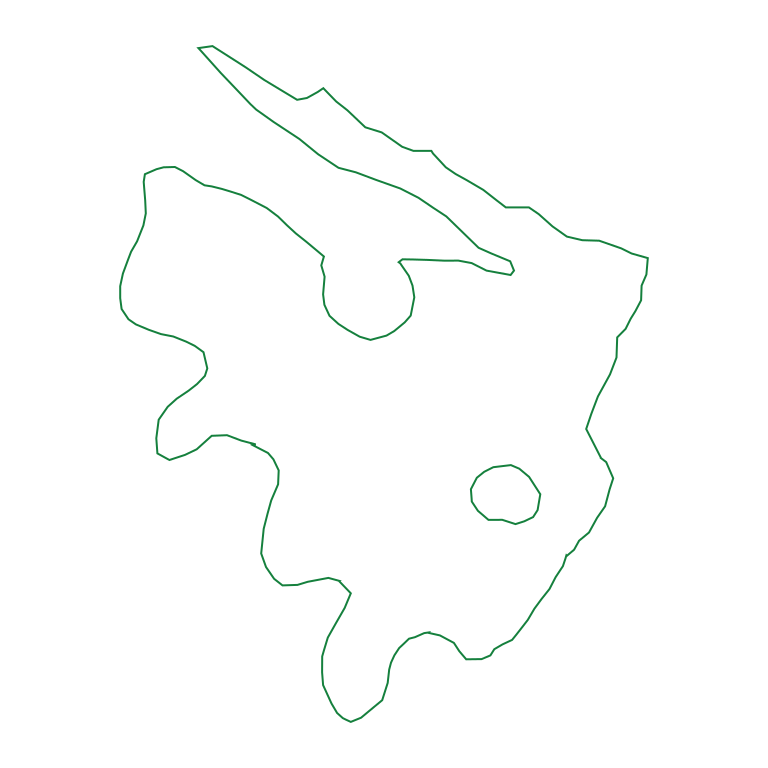 Yevlakh District, Yevlakh Rayon, Azerbaijan
{"feature_id": "54616110B52362464060400", "entity_name": "Yevlakh District", "entity_type": "district", "adm_level": 2, "iso_a3": "AZE", "parent_name": "Azerbaijan", "parent_adm1": "Yevlakh Rayon", "projection": "orthographic", "projection_center": [47.034, 40.701], "detail": "fine", "context": "isolated", "style": "outline", "palette": "green", "viewbox_px": 768, "rotation_deg": 0, "n_neighbors": 0, "source": "geoboundaries", "source_scale": "gbopen_adm2", "svg_char_len": 3138}
<svg xmlns="http://www.w3.org/2000/svg" viewBox="0 0 768 768"><path d="M323.3,88.2L317.7,92.0L306.9,98.0L297.1,99.8L279.2,89.0L264.3,80.0L245.8,67.4L212.5,46.1L198.4,48.1L199.8,49.6L220.8,73.0L237.4,90.4L250.5,104.2L256.2,109.6L273.5,121.9L299.4,139.0L318.2,154.3L338.5,167.8L355.8,172.3L375.8,179.8L400.3,188.5L418.5,197.8L433.5,208.0L446.3,216.4L467.6,237.1L478.6,247.8L491.4,253.5L510.2,261.3L514.0,270.6L510.6,275.0L486.5,270.6L471.7,263.1L458.3,260.6L445.0,260.7L427.2,259.9L413.6,259.5L402.5,259.3L398.7,262.2L400.4,263.5L401.7,265.5L408.8,275.8L412.5,285.6L414.3,297.3L410.7,315.6L404.7,322.4L394.3,331.0L386.5,335.6L378.3,337.8L370.5,339.9L359.7,336.7L347.6,329.9L338.4,323.9L329.5,315.8L324.4,304.8L323.1,294.4L324.6,276.7L321.3,265.4L323.9,256.5L317.0,250.7L306.1,241.6L295.8,233.4L287.0,225.3L278.0,216.5L266.7,208.0L250.1,199.4L241.1,194.9L230.4,191.5L221.8,188.9L211.7,186.4L204.5,185.3L195.7,180.1L183.1,171.2L174.9,167.0L163.6,167.3L156.5,169.2L145.4,174.0L144.9,174.2L144.6,176.1L143.7,181.9L145.2,200.5L145.8,213.4L143.4,225.4L137.1,241.3L131.1,251.7L128.0,259.8L122.9,273.6L120.2,286.2L120.2,297.0L120.2,297.9L120.2,298.2L121.6,309.0L128.5,319.3L135.9,324.4L148.8,329.8L161.0,334.1L173.3,336.5L186.1,341.6L194.8,345.9L203.5,352.2L207.3,368.4L204.9,375.9L197.1,384.0L188.7,390.6L176.7,398.7L167.7,406.8L158.7,419.7L156.3,438.3L157.4,453.4L169.4,460.0L185.0,454.9L196.7,449.3L211.7,435.8L227.0,435.2L241.3,440.6L255.7,444.4L252.7,445.1L268.0,453.0L273.4,459.3L278.7,470.4L278.1,484.3L271.2,500.5L267.6,513.5L263.7,528.8L263.4,531.8L261.2,553.5L266.0,567.0L274.1,578.8L282.5,585.4L297.5,584.9L307.7,581.8L328.4,577.9L339.4,580.9L339.1,581.1L350.8,593.3L344.7,607.9L335.8,623.4L327.8,637.6L324.1,649.8L322.2,656.4L322.1,672.4L323.1,685.1L331.5,703.5L337.1,713.0L342.8,718.1L345.8,719.6L350.8,721.9L361.1,717.7L374.2,706.8L382.2,700.2L387.7,682.9L389.2,669.5L391.0,662.7L394.4,655.3L399.2,648.0L403.6,643.9L409.0,638.7L414.9,637.2L424.2,633.1L429.0,632.4L428.7,632.9L439.9,635.4L453.9,642.9L459.3,651.2L466.2,659.3L481.6,659.1L490.4,655.4L494.3,649.2L502.5,644.4L512.1,639.9L516.3,634.7L523.4,625.6L527.8,619.9L534.4,608.7L541.4,599.2L549.5,589.0L555.6,577.2L560.8,569.3L562.9,566.2L565.4,558.7L566.4,555.3L566.9,555.8L574.1,549.7L579.1,540.7L589.0,532.5L597.1,517.8L605.1,506.3L609.6,489.4L613.2,478.3L606.2,462.1L600.2,457.5L600.8,457.6L586.2,429.0L591.3,413.9L597.9,396.5L610.0,374.4L616.5,357.5L617.2,337.4L625.6,328.9L630.7,318.7L635.4,311.1L641.1,300.3L641.6,285.6L646.4,274.5L647.5,261.6L647.8,258.1L645.0,257.3L631.6,253.5L621.3,248.4L599.2,240.7L582.3,240.2L566.9,236.6L552.5,226.4L538.7,214.1L528.9,207.4L505.8,207.4L497.1,200.7L483.3,189.9L466.8,180.2L455.6,174.0L445.8,167.3L433.0,153.5L431.4,150.9L413.5,150.9L402.2,146.8L381.7,132.4L365.3,127.3L347.4,110.3L336.2,101.5L328.9,94.0L323.3,88.2ZM531.6,517.8L524.3,521.3L515.5,524.1L502.2,519.8L494.2,519.9L488.5,519.9L477.9,510.8L471.8,501.6L471.6,498.4L470.9,489.2L476.8,477.8L477.0,477.6L484.2,471.8L493.3,467.2L510.9,465.1L519.3,468.7L529.1,476.9L540.0,493.8L540.3,494.2L537.6,510.1L533.1,517.1L531.6,517.8Z" fill="none" stroke="#15803d" stroke-width="2"/></svg>